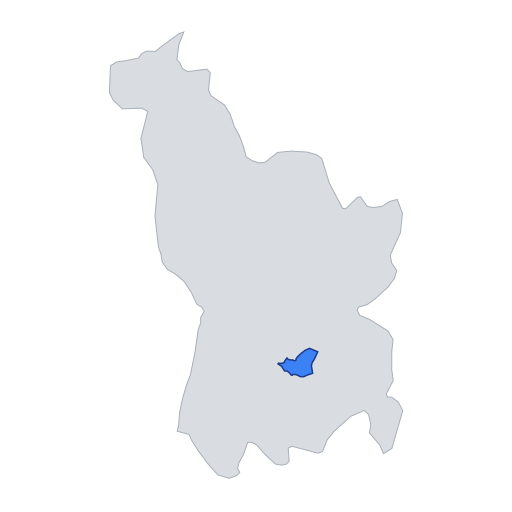 Logatec highlighted on a map of Slovenia, rotated 271°
{"feature_id": "SVN-964", "entity_name": "Logatec", "entity_type": "Municipality", "adm_level": 1, "iso_a3": "SVN", "parent_name": "Slovenia", "parent_adm1": "", "projection": "albers", "projection_center": [14.177, 45.942], "detail": "fine", "context": "in_parent", "style": "filled", "palette": "blue", "viewbox_px": 512, "rotation_deg": 271, "n_neighbors": 0, "source": "natural_earth", "source_scale": "10m", "svg_char_len": 2310}
<svg xmlns="http://www.w3.org/2000/svg" viewBox="0 0 512 512"><g transform="rotate(271 256 256)"><path d="M478.7,179.9L466.0,175.2L450.9,173.5L448.1,176.3L442.1,179.2L439.2,184.3L442.0,203.7L438.4,207.1L421.2,205.6L415.6,208.0L406.5,221.8L397.1,227.8L385.0,232.1L376.1,237.2L364.7,241.7L355.0,244.4L351.3,250.4L349.1,257.1L349.8,263.4L359.9,275.7L361.5,289.0L360.8,305.4L358.6,314.1L354.8,320.0L330.5,327.9L305.2,341.7L304.7,344.8L316.5,356.5L317.0,359.5L307.4,366.4L306.6,373.2L307.8,381.0L313.0,389.0L315.0,396.3L301.0,401.7L281.9,400.0L259.3,390.2L251.5,391.7L243.9,397.0L236.0,394.8L227.4,388.7L215.2,375.8L209.2,367.8L206.8,359.4L203.5,358.2L198.5,360.7L194.4,371.0L183.2,389.4L174.9,394.5L162.4,393.4L144.8,393.7L133.8,395.3L120.5,388.7L117.2,390.0L117.2,394.2L112.2,401.0L103.9,405.4L65.9,395.2L60.6,386.9L69.2,383.0L81.1,372.5L89.2,373.7L99.2,371.5L103.5,367.0L97.3,353.4L81.6,336.7L73.3,330.3L61.8,326.0L59.9,321.5L66.4,295.3L64.5,291.6L51.4,292.7L48.4,289.9L47.4,285.4L48.3,279.1L57.2,269.0L67.1,260.0L69.7,254.9L69.4,251.0L56.9,246.8L49.4,242.7L43.4,241.2L39.3,243.5L36.3,240.8L33.3,233.2L36.4,221.8L47.8,211.2L59.9,201.9L70.4,195.0L76.5,192.1L79.4,180.3L85.7,181.6L98.0,182.3L111.9,185.0L124.7,188.4L136.1,192.5L159.9,196.9L181.5,199.5L188.1,201.9L193.4,201.7L200.0,205.2L203.9,202.5L206.7,197.7L218.4,192.0L229.3,184.6L236.8,175.2L241.0,167.7L248.4,162.4L256.4,160.9L263.6,158.2L294.1,154.3L325.6,156.6L340.5,151.2L352.7,142.0L370.7,139.1L371.6,138.9L398.7,145.3L400.7,141.2L401.8,139.4L400.8,119.8L409.1,110.6L416.9,106.6L443.8,107.2L447.5,113.1L449.1,122.5L451.8,134.9L456.4,138.3L459.0,143.1L458.8,151.8L464.2,158.2L477.1,175.3L478.7,179.9Z" fill="#d9dde1" stroke="#a8b0b8" stroke-width="1"/><path d="M148.5,279.9L149.3,280.6L149.0,282.6L149.8,286.0L151.2,286.4L154.6,288.7L154.4,289.1L153.2,289.9L152.6,292.8L152.8,294.3L152.2,295.5L151.9,296.5L152.4,297.5L153.0,297.9L153.7,297.8L154.6,298.3L155.9,299.2L159.0,302.3L162.6,306.8L164.6,311.2L161.3,319.4L153.5,316.0L150.3,314.0L147.3,313.3L139.7,314.7L139.0,312.7L137.3,308.0L136.6,307.0L136.1,305.4L136.1,303.9L136.3,302.0L137.3,300.1L138.1,297.7L138.3,295.6L138.0,294.7L137.4,294.4L137.3,294.0L137.6,293.2L139.0,292.1L140.2,290.9L141.4,289.3L141.6,286.5L146.2,283.5L148.5,279.9Z" fill="#3b82f6" stroke="#1e3a8a" stroke-width="1.5"/></g></svg>